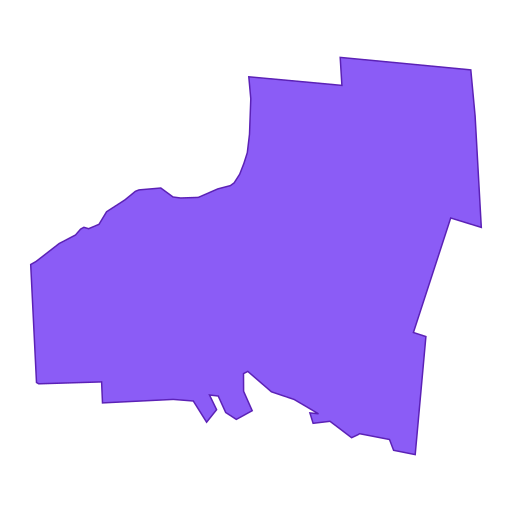 Oswego, New York, United States of America (Albers equal-area conic projection)
{"feature_id": "52423323B56598235469590", "entity_name": "Oswego", "entity_type": "district", "adm_level": 2, "iso_a3": "USA", "parent_name": "United States of America", "parent_adm1": "New York", "projection": "albers", "projection_center": [-76.226, 43.431], "detail": "fine", "context": "isolated", "style": "filled", "palette": "violet", "viewbox_px": 512, "rotation_deg": 0, "n_neighbors": 0, "source": "geoboundaries", "source_scale": "gbopen_adm2", "svg_char_len": 883}
<svg xmlns="http://www.w3.org/2000/svg" viewBox="0 0 512 512"><path d="M470.8,69.9L340.2,57.4L341.9,85.4L248.8,76.8L250.8,98.8L249.5,134.3L247.3,152.7L243.9,163.4L239.7,174.2L234.1,182.9L230.4,185.6L217.8,188.9L198.3,197.4L180.7,198.0L173.0,197.0L160.8,188.0L159.8,188.1L139.0,189.9L135.4,191.3L124.9,199.9L106.6,211.7L99.0,224.3L88.6,228.7L83.9,227.3L80.6,229.1L75.5,235.0L72.6,236.5L59.2,243.5L36.0,261.5L30.7,264.5L36.5,382.5L38.7,383.8L101.6,381.9L102.5,402.9L173.2,399.4L193.3,401.0L206.6,422.2L216.6,409.7L209.5,395.0L218.2,396.0L225.7,412.5L236.3,419.4L252.2,410.7L243.6,391.3L243.5,373.6L247.8,371.4L271.4,391.8L294.2,399.5L318.5,413.8L309.9,412.9L313.1,423.3L330.0,421.3L351.6,437.7L357.8,434.8L359.6,433.7L389.5,439.5L393.6,450.3L415.2,454.6L425.9,336.6L413.4,332.5L450.7,218.0L481.3,227.4L475.1,115.9L470.8,69.9Z" fill="#8b5cf6" stroke="#5b21b6" stroke-width="1.5"/></svg>